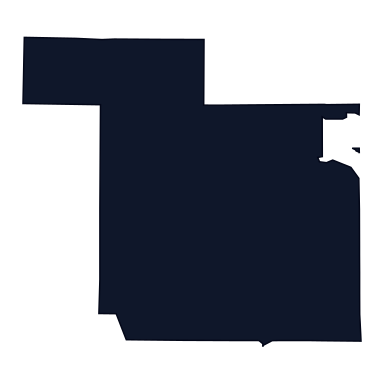 Sandoval, New Mexico, United States of America
{"feature_id": "52423323B31850175994071", "entity_name": "Sandoval", "entity_type": "district", "adm_level": 2, "iso_a3": "USA", "parent_name": "United States of America", "parent_adm1": "New Mexico", "projection": "orthographic", "projection_center": [-106.623, 35.709], "detail": "fine", "context": "isolated", "style": "filled", "palette": "ink", "viewbox_px": 384, "rotation_deg": 0, "n_neighbors": 0, "source": "geoboundaries", "source_scale": "gbopen_adm2", "svg_char_len": 924}
<svg xmlns="http://www.w3.org/2000/svg" viewBox="0 0 384 384"><path d="M98.9,313.5L116.2,313.7L126.3,339.7L184.2,340.3L233.2,340.5L241.6,340.5L249.6,340.5L257.6,340.5L258.3,340.6L259.1,340.6L262.9,343.8L262.7,346.6L263.6,345.1L272.0,340.7L273.7,340.6L274.9,340.6L279.8,340.5L296.9,340.5L308.0,340.5L322.0,340.7L361.0,341.1L360.7,334.1L359.7,314.3L359.6,292.3L359.6,272.5L359.5,253.6L359.5,246.2L359.4,209.3L358.8,178.3L350.9,167.4L332.7,160.1L326.5,162.7L319.5,161.8L317.7,157.4L322.3,156.6L322.2,116.8L325.7,119.0L342.6,119.0L346.5,117.2L346.4,112.7L355.2,112.9L359.1,114.8L359.3,104.3L326.5,104.7L324.3,104.4L245.4,105.0L222.5,105.2L209.1,105.2L203.7,105.1L204.0,39.5L163.0,39.4L114.3,39.1L102.0,39.6L76.1,38.4L24.3,37.4L23.0,103.5L100.5,104.7L99.9,208.3L99.9,279.4L98.9,313.5ZM359.2,148.2L352.2,148.2L355.6,149.8L356.1,150.9L359.0,152.1L359.3,153.2L359.2,148.2Z" fill="#0f172a" stroke="#020617" stroke-width="1.5"/></svg>